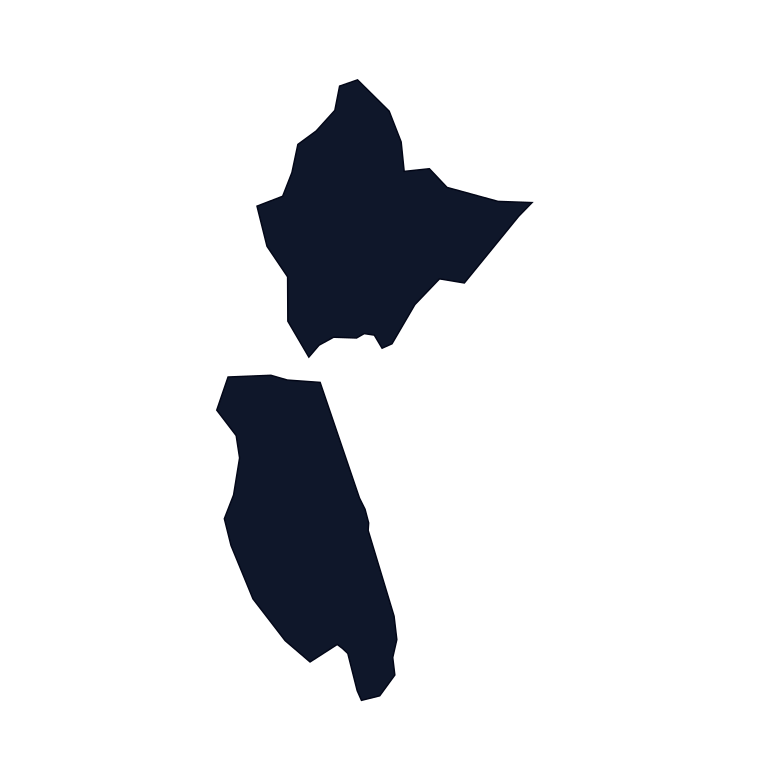 the Municipality of Raunas, rotated 76°
{"feature_id": "LVA-5799", "entity_name": "Raunas", "entity_type": "Municipality", "adm_level": 1, "iso_a3": "LVA", "parent_name": "Latvia", "parent_adm1": "", "projection": "equal_earth", "projection_center": [25.779, 57.325], "detail": "fine", "context": "isolated", "style": "filled", "palette": "ink", "viewbox_px": 768, "rotation_deg": 76, "n_neighbors": 0, "source": "natural_earth", "source_scale": "10m", "svg_char_len": 877}
<svg xmlns="http://www.w3.org/2000/svg" viewBox="0 0 768 768"><g transform="rotate(76 384 384)"><path d="M243.8,196.5L253.8,212.7L305.4,281.6L295.4,304.7L314.4,334.8L346.9,366.5L348.8,377.2L334.2,381.6L330.3,391.0L332.7,399.5L326.4,421.6L330.6,437.6L339.7,450.4L299.8,462.1L256.7,451.6L222.1,464.2L180.7,464.2L177.3,436.9L156.6,422.2L130.7,409.6L122.1,388.6L106.6,365.5L84.2,355.0L82.5,336.1L120.5,313.0L153.3,308.8L182.6,313.0L186.1,287.9L208.5,275.3L234.4,229.2L243.8,196.5ZM611.7,430.4L635.1,433.4L651.5,441.7L669.0,443.9L685.5,463.6L685.5,482.4L675.1,484.2L636.7,484.3L630.2,488.5L625.4,492.4L635.8,523.0L609.1,542.0L560.8,563.1L503.7,571.5L476.1,571.5L455.3,556.8L420.8,542.0L398.3,539.9L368.9,552.6L339.5,533.6L348.2,491.6L356.8,476.8L367.0,445.6L488.8,435.4L500.9,432.7L515.1,432.5L522.3,434.8L611.7,430.4Z" fill="#0f172a" stroke="#020617" stroke-width="1.5"/></g></svg>